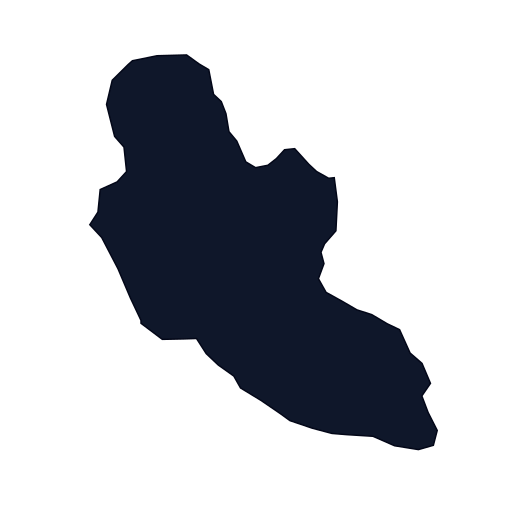 outline of Valdemarsvik, Östergötland, Sweden, rotated 174°
{"feature_id": "70781695B36298278943399", "entity_name": "Valdemarsvik", "entity_type": "district", "adm_level": 2, "iso_a3": "SWE", "parent_name": "Sweden", "parent_adm1": "Östergötland", "projection": "mercator", "projection_center": [16.563, 58.217], "detail": "fine", "context": "isolated", "style": "filled", "palette": "ink", "viewbox_px": 512, "rotation_deg": 174, "n_neighbors": 0, "source": "geoboundaries", "source_scale": "gbopen_adm2", "svg_char_len": 1020}
<svg xmlns="http://www.w3.org/2000/svg" viewBox="0 0 512 512"><g transform="rotate(174 256 256)"><path d="M358.5,463.1L363.1,459.8L380.6,445.8L388.8,422.4L384.1,389.7L375.9,378.1L375.9,353.5L386.4,344.2L404.0,338.4L408.6,316.2L418.0,304.5L407.5,290.5L394.6,257.8L385.3,227.4L377.1,204.0L377.4,201.1L357.9,182.9L336.4,181.1L323.8,180.2L315.7,164.1L304.9,151.5L290.6,138.9L285.2,126.4L266.3,112.0L248.4,96.8L239.4,88.7L217.9,78.8L199.0,71.6L184.7,68.9L158.6,64.5L138.0,52.8L114.7,46.5L99.4,49.2L94.0,63.6L101.2,82.4L105.7,99.5L95.8,111.1L101.2,128.8L102.1,131.8L112.9,143.4L120.9,167.7L132.6,174.9L147.0,185.6L161.3,191.9L174.8,201.8L190.1,212.5L196.3,226.9L189.2,241.3L191.0,252.9L186.5,261.0L173.9,272.7L169.4,301.4L170.0,325.7L175.6,325.7L186.9,333.7L193.8,341.6L206.3,358.7L216.5,358.7L225.6,350.7L234.7,345.0L247.2,343.9L256.3,350.7L263.1,372.3L269.9,382.5L271.0,400.7L274.4,413.2L281.3,421.2L283.5,446.2L292.6,453.0L304.0,463.2L333.5,465.5L358.5,463.1Z" fill="#0f172a" stroke="#020617" stroke-width="1.5"/></g></svg>